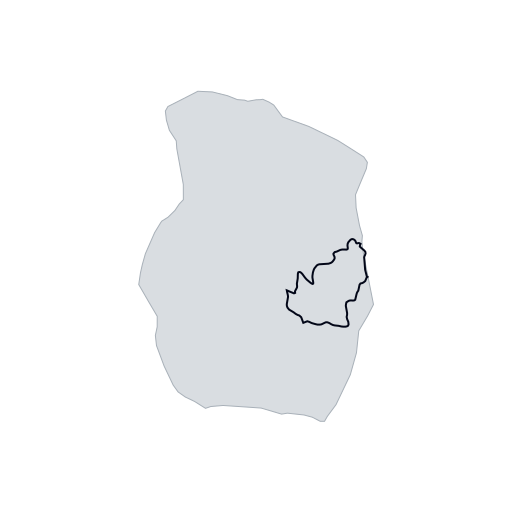 where Berea sits in Lesotho, rotated 141°
{"feature_id": "LSO-1202", "entity_name": "Berea", "entity_type": "District", "adm_level": 1, "iso_a3": "LSO", "parent_name": "Lesotho", "parent_adm1": "", "projection": "equal_earth", "projection_center": [27.891, -29.155], "detail": "fine", "context": "in_parent", "style": "outline", "palette": "ink", "viewbox_px": 512, "rotation_deg": 141, "n_neighbors": 0, "source": "natural_earth", "source_scale": "10m", "svg_char_len": 2899}
<svg xmlns="http://www.w3.org/2000/svg" viewBox="0 0 512 512"><g transform="rotate(141 256 256)"><path d="M320.0,338.0L308.8,342.0L307.2,342.4L300.0,341.5L290.4,342.4L282.9,344.7L277.0,345.5L267.5,357.3L250.1,389.1L245.5,395.7L244.2,408.2L240.1,418.0L235.2,425.7L230.4,427.6L216.0,424.5L197.5,420.6L186.7,411.0L177.2,398.4L172.1,389.3L166.8,384.3L165.0,381.4L157.4,377.2L154.6,375.0L152.1,373.5L149.0,367.4L147.2,362.1L147.9,347.4L142.6,338.6L133.5,323.6L127.7,311.3L119.8,294.5L114.9,280.1L109.9,265.1L110.5,258.7L115.3,254.4L129.3,246.9L140.1,241.0L147.9,230.4L156.4,214.5L160.5,204.9L164.6,200.6L169.1,193.8L177.0,178.9L185.8,162.2L195.2,144.4L207.0,139.2L223.2,133.2L238.8,117.6L257.4,104.4L287.4,90.1L301.4,86.5L306.8,84.4L310.1,87.1L313.7,95.3L318.7,102.2L330.5,114.1L335.6,117.0L347.7,134.6L360.7,146.7L375.7,160.6L385.9,167.5L391.1,169.4L395.3,181.7L399.7,190.9L402.1,199.4L401.6,207.8L396.7,228.2L389.7,249.0L384.2,257.6L377.4,263.1L370.7,271.3L368.2,288.0L365.1,307.6L356.4,315.6L349.7,320.9L340.5,327.4L320.0,338.0Z" fill="#d9dde1" stroke="#a8b0b8" stroke-width="1"/><path d="M167.1,199.6L168.1,199.2L169.4,198.0L169.1,196.0L168.4,192.2L168.4,190.5L169.2,189.1L170.5,188.2L171.8,187.6L172.7,187.0L179.8,176.7L182.7,170.5L182.5,169.6L183.6,169.6L186.9,167.8L189.0,167.8L190.5,168.1L192.1,168.9L193.6,168.5L198.3,164.7L199.7,164.3L200.8,163.8L201.7,163.2L206.4,159.6L207.4,159.6L208.5,160.2L210.4,161.9L211.5,162.6L212.8,162.9L214.9,163.1L216.4,161.9L217.6,160.7L221.1,154.3L222.3,152.9L223.9,151.6L224.9,149.6L225.7,146.8L227.1,144.6L228.3,143.9L229.6,144.1L231.0,144.8L232.5,146.0L234.1,147.6L235.7,149.7L238.5,152.5L239.6,153.9L240.5,155.7L241.2,157.7L242.2,159.5L243.4,160.5L244.7,160.9L247.4,161.5L248.6,161.9L249.8,162.7L251.3,163.9L252.5,165.4L254.7,168.5L255.4,169.8L256.0,171.2L257.2,173.0L261.3,174.3L259.4,180.0L259.8,182.5L260.8,184.1L261.2,185.1L261.6,186.1L262.2,188.6L264.0,193.5L264.0,196.1L263.4,197.8L262.4,199.2L256.9,204.0L256.3,204.8L255.3,206.7L254.9,207.6L253.7,209.9L250.0,203.1L249.5,202.9L248.8,202.7L248.5,203.2L248.1,203.8L247.6,204.2L244.9,205.3L243.9,205.8L243.1,206.6L241.7,208.7L237.6,212.4L234.7,215.8L233.5,216.7L232.5,216.4L231.7,215.5L231.4,214.2L231.3,212.7L231.5,209.0L231.5,207.3L231.4,205.7L230.5,201.0L230.1,199.6L229.5,198.6L228.9,198.6L228.1,199.5L225.8,203.6L224.7,205.0L222.1,207.4L219.7,209.0L218.4,209.6L214.7,210.4L213.2,210.2L212.0,209.7L204.5,204.4L202.4,203.6L201.0,203.4L199.8,203.5L197.5,204.1L196.5,204.6L195.9,205.3L195.4,206.2L195.2,207.2L194.9,208.3L194.3,209.1L192.4,209.5L190.4,208.6L186.7,207.7L184.8,206.7L181.6,204.0L180.6,203.7L179.8,204.2L178.3,206.6L177.1,207.8L175.6,208.6L172.7,209.1L171.3,209.0L170.2,208.3L169.6,207.3L169.3,206.3L169.3,205.6L169.3,205.1L169.9,203.2L169.9,202.7L169.7,202.4L169.2,202.0L168.6,201.8L168.1,201.5L167.7,201.1L167.2,199.9L167.1,199.6Z" fill="none" stroke="#020617" stroke-width="2"/></g></svg>